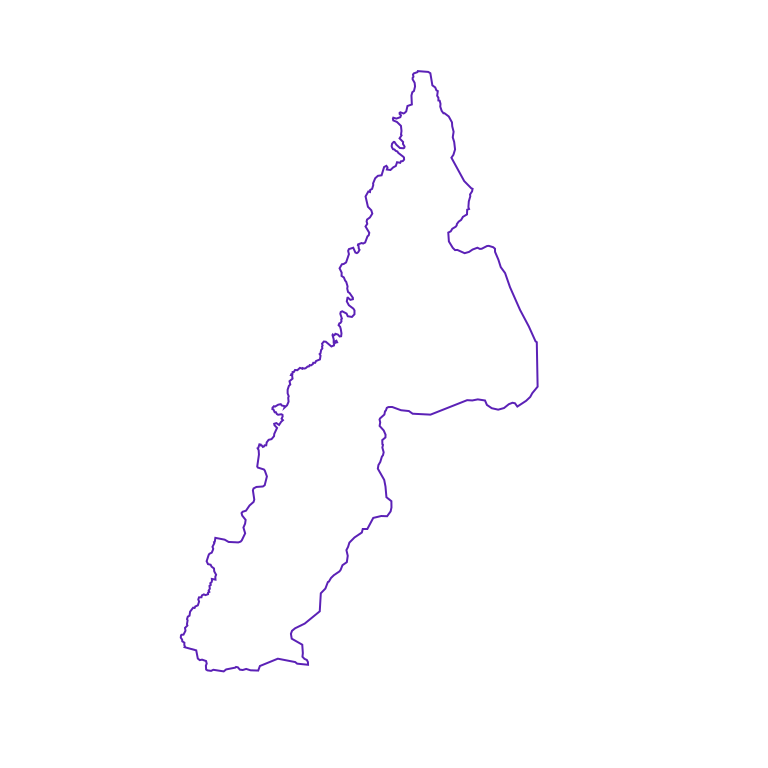 the district of Wenchi Municipal, Brong Ahafo, Ghana, rotated 11°
{"feature_id": "2480657B27014820297576", "entity_name": "Wenchi Municipal", "entity_type": "district", "adm_level": 2, "iso_a3": "GHA", "parent_name": "Ghana", "parent_adm1": "Brong Ahafo", "projection": "robinson", "projection_center": [-2.148, 7.803], "detail": "fine", "context": "isolated", "style": "outline", "palette": "violet", "viewbox_px": 768, "rotation_deg": 11, "n_neighbors": 0, "source": "geoboundaries", "source_scale": "gbopen_adm2", "svg_char_len": 6142}
<svg xmlns="http://www.w3.org/2000/svg" viewBox="0 0 768 768"><g transform="rotate(11 384 384)"><path d="M519.2,380.7L526.7,373.4L530.0,368.8L531.3,364.7L535.3,357.3L526.0,313.8L524.6,313.2L515.2,299.9L503.4,285.3L489.2,264.9L481.7,252.0L476.3,247.0L472.6,240.2L467.8,233.1L467.1,230.0L465.1,228.9L460.5,228.4L458.8,228.9L454.1,232.6L452.3,233.1L449.7,232.4L445.3,235.1L442.3,238.1L438.2,240.2L430.4,238.4L428.2,239.0L425.5,237.2L420.5,231.7L418.2,223.1L420.4,221.4L421.4,218.6L424.4,215.9L425.1,214.4L425.0,213.1L426.3,210.4L428.4,208.2L429.6,204.8L433.1,201.7L432.4,197.0L434.1,196.0L433.1,194.3L432.4,188.5L432.9,183.3L432.3,181.5L433.7,178.1L433.7,175.5L432.3,175.2L424.0,169.5L407.0,149.0L408.4,145.8L409.0,140.2L406.7,133.0L404.4,128.7L404.2,123.1L401.8,118.0L400.8,114.2L396.5,109.0L391.6,106.6L390.7,106.9L388.5,104.9L386.3,101.0L386.0,98.2L384.6,95.3L383.3,95.3L382.8,92.7L381.2,90.9L380.9,86.2L379.4,85.7L377.7,83.1L374.5,81.6L370.2,70.1L367.9,69.2L357.5,70.4L357.3,71.5L354.0,73.4L353.4,74.7L354.3,76.8L353.7,78.1L354.0,79.5L356.6,82.5L357.7,86.0L357.5,90.6L356.1,92.2L355.9,95.6L358.0,104.3L354.0,106.6L353.8,112.2L352.4,114.1L351.6,114.7L348.2,114.2L347.6,114.8L347.8,115.9L349.4,117.0L349.1,119.0L345.5,121.1L342.3,120.8L342.1,121.9L342.8,123.5L346.7,124.3L351.4,127.4L352.9,132.3L353.1,135.9L353.8,136.5L352.4,139.9L356.6,142.8L356.8,144.7L358.9,147.0L358.8,148.3L358.1,148.9L354.6,149.3L350.4,146.7L348.1,144.4L347.3,144.5L346.1,146.5L346.1,149.0L346.7,150.2L348.1,151.8L349.5,151.8L351.0,152.9L352.8,153.2L353.9,154.4L359.7,157.3L360.4,157.9L360.9,159.9L359.9,161.6L358.1,162.2L357.7,163.8L354.5,163.8L354.0,167.7L351.7,169.6L349.5,172.7L345.9,172.9L346.1,170.7L344.7,169.4L342.7,171.0L341.8,179.6L338.3,180.8L336.1,183.7L335.0,189.2L335.5,190.7L335.1,194.7L333.4,196.2L333.6,198.2L331.9,198.0L330.1,203.4L334.4,213.1L338.4,215.9L340.0,219.0L338.4,223.2L336.0,225.8L335.9,227.7L337.0,230.0L335.8,232.9L340.7,238.4L340.6,241.0L339.6,242.2L338.5,248.7L336.7,250.1L335.1,249.9L331.9,251.9L331.9,252.8L332.6,253.1L333.4,255.9L334.4,257.0L333.5,259.6L332.4,260.7L330.8,260.4L327.8,256.1L323.8,258.3L323.4,260.2L324.8,263.2L323.6,271.9L321.5,273.9L319.8,274.5L318.3,278.9L321.2,282.8L321.7,286.0L324.3,287.1L326.1,289.9L327.4,290.9L329.6,295.1L329.7,297.4L331.2,300.6L332.8,301.2L337.0,305.3L337.3,306.7L334.9,307.8L332.1,306.1L331.7,306.3L331.7,310.0L334.5,313.4L339.6,315.9L341.0,317.4L341.7,321.2L339.7,324.3L335.5,324.4L333.8,322.0L329.1,320.6L327.8,321.6L327.7,323.4L330.2,327.9L329.7,328.7L330.3,330.7L329.6,332.4L328.6,333.0L328.2,334.9L330.0,336.2L331.1,338.4L332.6,342.4L332.8,345.3L331.4,345.8L329.4,344.3L326.7,344.0L326.1,345.5L325.1,346.1L324.3,345.3L324.1,345.8L326.1,349.7L326.6,352.4L329.0,350.6L330.0,352.0L328.3,352.7L327.3,354.5L327.5,355.7L325.2,357.2L318.8,353.6L316.8,353.8L315.5,356.3L316.4,358.0L316.0,358.9L316.7,360.9L315.8,362.6L315.8,366.0L315.1,366.9L316.3,368.3L316.4,372.1L312.9,374.4L312.4,376.3L310.5,376.7L310.3,378.1L308.7,379.7L307.5,379.6L306.9,381.1L305.7,381.4L304.0,383.5L302.6,384.1L301.0,383.9L300.9,384.6L298.4,384.2L296.3,387.0L294.0,387.2L293.2,389.4L292.0,389.7L292.2,391.9L291.2,392.0L291.0,392.9L292.0,392.7L293.2,396.2L290.7,399.3L292.1,402.4L291.0,403.9L290.5,408.0L291.2,411.6L292.8,414.2L292.6,415.8L293.7,419.6L292.9,423.4L290.8,426.2L291.0,424.7L287.7,424.6L286.5,423.5L284.1,424.5L281.3,427.0L280.2,426.8L279.1,428.5L279.2,429.9L280.3,430.1L282.1,432.6L283.2,432.3L284.5,433.9L285.9,434.4L288.9,433.3L290.2,433.6L290.7,435.2L290.1,437.6L291.7,438.8L290.3,440.6L288.8,444.2L285.8,442.9L283.8,444.0L284.3,445.3L287.4,447.5L285.8,453.9L286.0,456.2L284.1,459.6L281.4,460.8L280.0,463.7L280.1,466.7L278.5,467.0L278.1,468.2L277.1,468.9L275.8,467.7L274.9,467.8L274.6,467.0L273.2,467.0L272.8,470.7L272.2,471.2L273.6,472.9L274.7,477.1L275.3,489.2L276.1,490.1L282.4,490.8L283.5,491.7L286.7,497.1L286.2,506.1L284.7,507.7L278.4,509.4L275.9,511.4L275.6,513.4L278.7,522.2L278.5,524.6L275.2,528.9L272.7,534.7L269.6,536.4L268.8,537.9L269.9,540.2L274.1,543.8L274.3,547.6L273.4,551.7L276.2,557.1L274.2,564.7L273.3,566.1L271.2,567.3L261.6,568.7L257.3,567.2L247.8,567.2L248.0,571.1L247.3,571.7L247.8,572.7L246.7,576.6L247.8,578.3L247.7,579.5L247.1,582.4L245.0,584.0L244.5,585.3L243.7,591.8L245.6,594.4L248.3,594.5L249.6,596.2L252.3,597.5L253.1,600.3L255.6,603.3L255.2,605.4L255.9,608.2L252.2,608.2L252.7,610.0L252.5,611.6L251.5,612.7L252.3,614.3L251.2,615.5L252.1,618.2L251.3,620.2L252.2,621.4L251.1,622.3L251.4,623.9L249.0,625.3L247.3,624.9L245.6,626.3L245.5,628.2L243.1,628.7L242.8,630.9L244.0,632.9L243.5,636.8L241.2,638.4L240.8,640.0L239.3,640.0L237.1,644.5L237.3,648.5L235.8,649.8L235.5,652.4L236.3,653.4L236.4,657.4L237.1,658.6L235.2,661.4L236.2,664.1L235.0,668.3L233.1,668.8L232.7,669.5L232.9,671.8L234.6,673.4L235.1,675.1L237.4,676.0L237.8,678.4L238.6,679.5L238.4,680.4L250.5,681.3L253.6,689.0L255.8,690.2L258.0,689.3L262.2,689.9L263.3,692.3L262.9,694.5L263.9,698.2L265.3,698.8L269.0,698.6L271.0,697.1L281.5,696.7L283.5,694.3L292.1,690.8L292.7,690.0L294.6,690.0L297.0,691.9L299.9,691.7L303.1,690.0L307.6,690.5L315.2,689.3L316.0,684.5L332.2,673.9L349.9,673.9L352.1,675.1L363.0,674.1L362.4,671.5L360.9,669.6L358.4,669.0L356.0,667.3L355.7,663.7L353.5,655.5L342.0,651.6L340.3,647.0L340.8,643.8L343.4,640.7L351.9,634.3L364.3,619.4L361.9,601.5L365.5,596.0L366.7,589.1L367.6,588.5L369.0,584.5L371.3,581.2L376.0,576.5L376.9,574.7L377.8,569.8L381.5,566.0L381.2,559.6L378.8,554.2L379.8,550.8L380.3,546.3L384.3,540.3L390.6,534.0L390.8,530.4L395.3,529.5L399.0,517.5L406.5,514.1L412.3,513.2L414.8,507.8L414.9,503.8L413.6,497.6L408.0,494.7L405.0,484.3L402.5,478.1L394.1,468.3L394.0,464.6L395.2,461.3L395.8,455.7L396.6,454.1L396.7,451.1L394.5,446.7L394.6,443.9L393.9,443.4L393.0,439.4L395.6,436.2L395.5,435.5L395.2,433.5L392.6,429.7L387.7,426.0L387.6,422.4L386.4,419.7L386.7,418.5L390.2,413.9L390.2,410.6L390.9,409.7L391.3,406.9L392.7,405.8L396.4,405.0L405.7,406.5L413.6,405.8L417.8,407.7L435.5,405.2L468.7,384.0L473.8,383.3L479.0,381.2L486.3,380.9L489.0,384.9L494.4,387.2L501.0,387.4L506.4,384.7L510.4,380.0L513.7,377.9L516.2,377.9L519.2,380.7Z" fill="none" stroke="#5b21b6" stroke-width="2"/></g></svg>